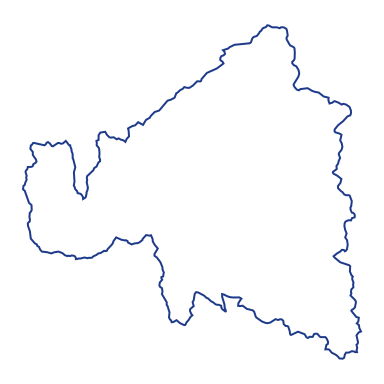 the district of Ambo, Huánuco, Peru
{"feature_id": "86281439B62958263432420", "entity_name": "Ambo", "entity_type": "district", "adm_level": 2, "iso_a3": "PER", "parent_name": "Peru", "parent_adm1": "Huánuco", "projection": "albers", "projection_center": [-76.249, -10.223], "detail": "fine", "context": "isolated", "style": "outline", "palette": "blue", "viewbox_px": 384, "rotation_deg": 0, "n_neighbors": 0, "source": "geoboundaries", "source_scale": "gbopen_adm2", "svg_char_len": 5921}
<svg xmlns="http://www.w3.org/2000/svg" viewBox="0 0 384 384"><path d="M286.3,28.8L284.1,27.5L282.5,27.2L280.8,27.4L279.7,28.2L276.7,27.3L272.1,27.3L268.8,25.5L267.3,25.3L266.0,27.0L263.1,28.1L262.5,28.7L261.2,30.7L259.7,31.8L259.2,33.0L256.8,36.0L253.6,37.0L252.3,38.4L251.0,42.3L250.5,42.7L249.5,43.3L234.5,44.8L229.8,47.1L228.0,48.6L223.0,50.2L224.5,51.8L225.0,54.0L223.6,55.3L221.3,56.2L220.4,57.9L220.2,59.6L220.6,60.4L222.4,61.5L223.5,63.5L216.8,68.5L206.9,72.9L201.6,79.0L201.1,80.8L200.5,81.4L197.1,81.3L193.1,85.4L189.5,87.8L187.1,87.8L184.3,87.1L182.6,88.9L180.2,90.1L177.3,92.8L176.4,93.1L174.5,97.8L170.8,99.7L167.5,100.7L159.2,110.5L154.7,112.0L150.8,115.9L149.7,117.8L146.0,119.9L143.0,124.9L138.2,122.2L135.2,125.3L132.3,126.1L128.2,128.3L128.0,128.9L128.6,130.1L129.0,136.4L126.7,138.9L125.4,141.9L123.6,140.4L120.8,139.6L118.6,138.4L116.7,139.3L113.7,137.3L110.4,137.6L109.2,137.1L107.0,134.9L105.2,131.8L100.3,132.6L98.6,135.2L98.6,139.9L96.4,140.9L96.8,142.9L96.7,145.4L98.7,147.7L99.2,149.4L99.5,153.3L99.2,157.1L100.1,159.7L100.0,161.3L98.5,162.4L96.5,166.6L94.2,168.1L93.3,170.3L87.1,176.2L86.8,178.0L87.2,179.8L86.7,182.2L87.9,187.6L87.4,190.4L86.5,192.3L86.6,193.2L85.8,197.0L85.2,197.7L83.1,199.0L83.0,197.2L81.5,194.6L80.0,193.6L77.7,193.2L77.0,191.1L75.1,188.9L74.5,186.6L73.8,185.7L74.5,181.4L73.9,172.4L75.3,167.2L73.2,159.0L72.7,158.4L72.6,153.7L71.6,151.3L71.5,149.4L70.3,146.5L70.2,145.3L69.1,145.2L65.8,140.9L63.1,143.3L61.3,143.8L59.1,143.0L57.9,143.0L52.9,146.3L51.7,146.0L49.7,143.3L48.0,142.1L46.6,142.8L45.7,144.4L44.5,145.3L33.8,142.9L33.0,143.1L32.1,144.6L30.8,145.5L30.4,149.0L32.8,151.9L32.8,154.9L36.0,159.6L36.5,161.6L35.6,162.8L33.2,164.3L33.1,165.5L32.5,166.4L31.0,166.9L27.8,167.0L27.4,168.8L25.7,171.1L25.6,172.5L26.7,175.7L26.2,177.5L26.6,179.9L25.5,182.1L24.6,185.1L23.5,185.8L23.0,189.3L24.8,190.9L29.0,202.8L31.5,205.1L31.7,209.9L31.1,211.4L29.8,212.9L29.4,216.9L29.9,219.1L29.7,221.5L28.3,222.6L27.8,223.6L28.0,225.9L29.9,231.3L30.8,238.6L34.8,243.3L36.7,244.3L37.3,245.9L39.0,246.9L40.2,249.7L41.9,251.6L47.1,252.2L51.3,253.4L54.2,252.3L58.4,251.6L62.4,253.1L65.0,255.3L67.5,256.1L68.3,255.7L70.1,256.1L71.8,255.4L74.2,255.9L75.1,256.5L75.9,258.2L75.9,259.1L77.8,258.9L78.3,258.5L80.5,258.5L84.5,257.5L87.6,258.2L88.8,257.8L90.9,257.9L92.0,257.6L93.4,256.3L96.5,254.9L98.2,253.5L100.7,253.0L104.1,250.8L106.0,251.1L107.1,250.5L107.4,249.4L111.7,244.8L112.8,243.2L113.5,241.1L116.2,237.4L121.3,239.7L125.1,240.5L125.6,240.2L127.4,240.9L128.0,242.5L131.6,244.4L134.7,243.4L137.7,243.1L139.4,242.4L142.4,240.0L142.6,239.0L146.1,235.1L150.0,235.7L151.0,235.3L152.6,239.0L152.8,241.5L154.7,244.8L157.8,248.5L154.4,254.2L154.5,255.8L156.8,257.4L160.4,262.2L162.4,267.2L162.6,269.7L163.8,272.4L163.1,276.5L161.4,277.1L161.4,278.4L162.2,279.7L159.8,282.5L159.4,285.7L160.1,286.9L162.0,288.2L162.5,291.9L161.9,294.1L166.7,302.2L166.7,305.0L167.5,305.9L169.5,312.4L169.0,317.4L169.9,319.4L171.2,320.5L171.6,322.2L173.3,322.1L176.5,320.2L180.1,323.2L184.2,325.1L185.3,324.9L186.5,322.4L188.7,319.9L190.5,316.9L192.4,315.3L191.2,313.8L190.0,311.0L190.0,309.9L190.3,309.0L193.7,306.1L192.6,302.1L193.7,300.2L194.7,294.0L196.0,292.2L198.0,292.4L204.1,295.6L206.4,297.8L208.1,298.5L211.1,301.3L213.3,302.4L215.5,304.3L217.2,304.8L218.9,304.8L221.2,305.8L221.4,307.6L222.0,308.9L225.2,311.4L225.7,311.4L225.9,310.9L224.6,307.4L224.5,304.6L222.2,297.0L222.1,294.1L223.8,294.5L227.4,296.3L230.2,297.2L233.5,297.5L239.3,297.4L241.4,298.6L238.5,302.8L238.1,305.8L239.8,306.1L242.7,305.7L246.7,308.8L252.9,310.4L254.2,311.8L255.7,316.6L256.6,317.7L262.0,321.5L265.6,322.9L267.1,323.2L270.2,322.6L275.5,319.2L278.2,320.0L280.1,319.2L281.9,319.5L283.3,320.9L283.7,324.1L285.7,326.0L287.6,326.1L288.3,326.8L289.7,331.1L290.1,334.0L290.6,334.8L291.2,334.9L298.0,331.7L304.6,334.2L306.5,337.3L307.9,338.0L309.6,336.8L312.7,336.9L314.1,334.0L315.5,333.7L317.3,333.8L319.9,336.7L320.7,337.1L325.4,337.1L326.6,338.5L328.1,341.8L327.8,344.0L326.4,344.9L325.4,349.4L328.0,349.3L329.3,349.7L331.7,352.7L335.7,354.7L337.8,356.4L339.4,358.4L342.7,358.7L344.1,357.8L344.9,354.4L346.1,352.6L348.8,352.6L351.8,351.2L353.7,351.4L355.2,352.1L357.0,352.1L356.6,350.4L357.2,347.8L356.5,344.8L357.7,343.6L358.0,342.1L356.5,335.4L358.6,332.5L361.0,331.5L359.3,328.0L359.0,325.2L356.8,323.4L358.3,321.5L358.8,317.7L356.2,316.9L351.3,310.8L352.1,309.6L353.2,309.2L354.9,307.4L355.9,302.7L355.7,301.0L354.6,299.5L350.5,295.5L351.4,293.5L351.0,292.1L351.3,289.5L353.4,287.3L353.1,284.5L353.5,282.6L352.3,279.5L352.3,277.4L352.8,276.5L351.5,275.3L349.9,271.5L350.2,266.2L349.1,265.2L340.3,262.3L334.6,257.6L333.6,256.2L337.2,253.3L340.2,251.6L341.9,249.8L343.9,250.0L344.9,251.3L345.9,250.7L346.9,249.4L347.7,244.9L347.1,240.3L345.2,237.4L346.6,233.5L345.1,229.5L344.4,226.1L344.6,223.5L345.3,221.9L346.2,221.2L348.7,220.2L351.0,220.4L352.0,218.1L354.6,217.4L354.8,216.1L354.7,214.7L354.0,213.6L353.0,212.8L351.8,212.6L350.6,209.8L350.4,207.7L351.2,206.1L351.8,201.2L349.7,195.6L348.7,195.2L346.2,195.2L344.3,194.5L342.5,192.1L341.3,191.4L338.1,188.3L337.9,186.2L340.4,182.9L341.4,179.0L337.3,175.7L333.4,173.6L332.9,172.6L333.0,171.8L336.7,169.1L336.5,165.9L338.1,163.7L338.7,161.0L340.1,157.9L338.7,154.2L339.2,152.8L341.4,150.0L342.4,147.1L341.8,143.5L340.2,140.4L341.5,134.8L339.6,133.6L335.3,132.3L334.5,131.0L334.7,129.4L338.1,125.2L343.2,121.1L347.5,116.4L350.3,115.3L351.0,113.1L350.9,110.4L349.5,106.9L345.8,104.4L343.0,103.8L341.8,104.6L338.2,102.5L334.7,101.2L334.0,101.3L332.3,102.7L329.5,103.5L328.4,100.3L328.6,97.7L323.7,96.5L318.6,92.5L315.0,91.9L312.0,90.8L307.6,88.2L300.4,89.1L299.0,90.3L296.8,89.6L294.6,87.1L293.6,85.1L293.7,84.3L298.4,76.6L299.2,73.8L299.1,72.4L298.4,69.7L296.3,66.3L293.9,65.2L292.3,63.4L292.2,61.9L293.9,60.3L294.6,58.7L294.8,52.6L294.5,48.3L293.7,47.2L290.0,45.3L286.7,39.5L286.5,37.7L287.7,35.6L287.0,30.7L286.3,28.8Z" fill="none" stroke="#1e3a8a" stroke-width="2"/></svg>